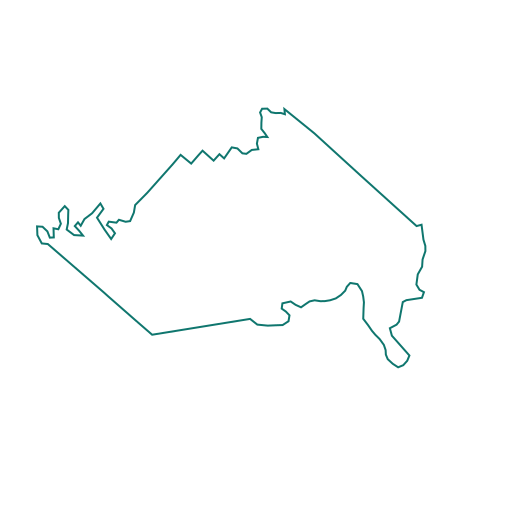 outline of Guarani das Missões, Rio Grande do Sul, Brazil, rotated 312°
{"feature_id": "56859067B89079758510007", "entity_name": "Guarani das Missões", "entity_type": "district", "adm_level": 2, "iso_a3": "BRA", "parent_name": "Brazil", "parent_adm1": "Rio Grande do Sul", "projection": "robinson", "projection_center": [-54.593, -28.176], "detail": "fine", "context": "isolated", "style": "outline", "palette": "teal", "viewbox_px": 512, "rotation_deg": 312, "n_neighbors": 0, "source": "geoboundaries", "source_scale": "gbopen_adm2", "svg_char_len": 1840}
<svg xmlns="http://www.w3.org/2000/svg" viewBox="0 0 512 512"><g transform="rotate(312 256 256)"><path d="M284.7,436.6L287.7,410.3L291.9,403.8L299.0,406.4L303.0,406.2L320.0,395.9L323.8,397.3L336.0,407.3L341.5,405.0L340.3,400.1L342.1,394.3L350.6,388.5L359.2,386.6L364.9,382.1L373.0,378.6L376.8,375.1L380.2,369.5L390.0,358.1L385.7,355.3L385.8,280.5L386.2,217.3L384.2,178.8L380.7,182.6L378.9,178.7L375.3,174.9L372.9,171.1L373.1,165.8L369.5,162.0L365.4,163.0L363.0,167.4L358.7,170.8L354.0,174.9L353.1,180.3L352.0,184.8L349.3,181.5L345.1,178.4L340.1,181.5L336.9,186.3L332.0,181.9L325.5,180.5L323.2,177.2L323.5,170.2L320.5,165.3L307.2,167.0L307.2,160.7L298.5,160.7L298.5,145.8L292.3,145.8L281.3,146.0L280.7,132.3L274.8,132.5L268.4,132.7L230.3,132.9L213.0,132.1L206.5,136.2L197.7,139.1L194.2,136.2L191.2,129.9L187.4,130.0L183.0,123.6L179.2,124.5L179.8,130.2L178.5,136.0L171.7,137.0L174.3,125.7L178.1,112.2L189.0,111.1L190.9,105.2L178.1,105.6L168.7,103.8L161.2,105.5L161.9,101.2L157.0,101.3L156.4,107.8L155.4,113.8L149.8,106.8L149.0,97.6L154.6,94.3L161.0,88.8L164.7,85.7L165.1,80.5L156.2,80.5L152.4,84.0L149.4,89.4L143.6,91.2L141.1,87.0L134.5,93.3L131.7,90.5L134.7,84.5L134.9,77.8L131.5,73.5L125.2,79.6L122.0,88.4L125.6,93.3L127.1,167.9L127.1,173.3L127.6,210.5L128.0,231.5L205.3,293.7L205.9,302.9L212.1,311.3L217.8,317.1L222.5,322.0L229.3,323.8L234.3,320.6L234.7,315.4L234.1,310.3L238.5,307.3L245.4,312.2L246.2,318.1L248.0,323.8L253.7,325.1L258.1,326.2L262.3,329.2L265.5,334.1L268.6,337.4L272.7,340.7L277.9,343.7L283.9,345.2L289.9,345.5L293.9,344.1L299.0,344.1L303.0,350.2L300.8,358.3L297.6,362.8L293.8,367.2L289.3,370.8L281.1,377.7L279.6,385.6L278.0,392.2L277.3,397.3L277.0,403.5L275.5,410.5L272.8,415.3L269.6,418.5L267.5,422.9L267.4,429.7L268.4,436.1L273.4,438.5L279.3,438.5L284.7,436.6Z" fill="none" stroke="#0f766e" stroke-width="2"/></g></svg>